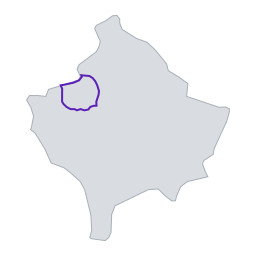 Istok on a map of Kosovo (Albers equal-area conic projection)
{"feature_id": "KOS-5887", "entity_name": "Istok", "entity_type": "District", "adm_level": 1, "iso_a3": "XKX", "parent_name": "Kosovo", "parent_adm1": "", "projection": "albers", "projection_center": [20.485, 42.778], "detail": "fine", "context": "in_parent", "style": "outline", "palette": "violet", "viewbox_px": 256, "rotation_deg": 0, "n_neighbors": 0, "source": "natural_earth", "source_scale": "10m", "svg_char_len": 1314}
<svg xmlns="http://www.w3.org/2000/svg" viewBox="0 0 256 256"><path d="M63.7,84.7L78.3,80.0L80.4,76.6L77.1,69.3L79.0,64.7L96.4,51.7L99.3,45.8L100.3,41.2L98.0,36.3L94.7,28.6L96.3,25.4L105.3,21.0L112.6,15.8L117.0,15.4L119.7,19.1L119.7,22.9L122.1,29.4L127.5,32.8L136.6,38.5L147.0,42.3L155.3,50.0L166.6,63.9L168.3,70.7L178.5,76.8L187.9,83.6L186.6,96.4L218.7,107.2L225.9,107.0L229.4,108.9L229.3,111.9L226.9,120.9L214.2,148.6L213.2,154.4L203.8,160.5L202.5,164.0L205.3,171.5L207.8,176.8L207.6,176.8L187.4,181.5L180.6,186.8L176.6,196.0L175.4,200.8L171.8,200.9L165.8,196.3L158.2,189.0L148.4,189.6L115.0,205.8L111.7,214.3L111.0,232.5L108.8,237.5L105.2,240.6L91.3,238.7L89.8,237.5L91.7,230.5L90.9,215.2L84.7,189.8L80.2,181.5L71.1,173.3L64.0,167.8L51.2,163.0L44.8,149.0L35.2,133.2L30.5,129.6L31.3,128.0L33.6,116.1L30.8,107.4L26.6,100.0L29.6,95.5L38.4,95.6L45.8,96.4L48.5,89.4L63.7,84.7Z" fill="#d9dde1" stroke="#a8b0b8" stroke-width="1"/><path d="M63.8,84.8L73.5,82.7L79.1,80.3L81.8,76.8L81.3,75.2L82.6,75.4L89.5,76.0L92.7,78.1L95.3,81.3L97.3,85.5L99.0,91.1L98.5,95.1L97.6,97.7L96.3,101.7L96.5,105.7L93.5,105.8L90.2,107.0L88.4,109.5L84.4,110.3L80.5,109.1L76.9,110.3L74.5,109.1L70.6,109.1L66.6,107.0L63.6,104.1L62.1,101.7L62.1,97.6L62.1,93.0L62.2,88.9L60.7,85.3L63.8,84.8Z" fill="none" stroke="#5b21b6" stroke-width="2"/></svg>